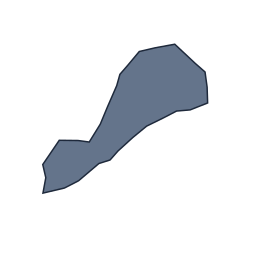 Askas, Nicosia, Cyprus (Equal Earth projection), rotated 206°
{"feature_id": "46923920B4634103005126", "entity_name": "Askas", "entity_type": "district", "adm_level": 2, "iso_a3": "CYP", "parent_name": "Cyprus", "parent_adm1": "Nicosia", "projection": "equal_earth", "projection_center": [33.082, 34.945], "detail": "fine", "context": "isolated", "style": "filled", "palette": "slate", "viewbox_px": 256, "rotation_deg": 206, "n_neighbors": 0, "source": "geoboundaries", "source_scale": "gbopen_adm2", "svg_char_len": 502}
<svg xmlns="http://www.w3.org/2000/svg" viewBox="0 0 256 256"><g transform="rotate(206 128 128)"><path d="M175.9,32.2L158.8,46.2L149.3,58.9L138.6,83.3L130.1,91.4L126.9,103.0L119.5,121.6L112.1,137.8L100.4,152.9L91.8,164.5L80.1,171.5L67.4,185.4L74.8,199.4L83.3,212.1L96.1,215.6L122.7,223.8L138.6,212.1L151.4,201.7L155.7,184.3L158.8,172.7L156.7,161.1L155.7,137.8L154.6,119.3L156.7,98.4L167.3,94.9L184.4,86.8L188.6,57.8L180.1,47.3L175.9,32.2Z" fill="#64748b" stroke="#1e293b" stroke-width="1.5"/></g></svg>